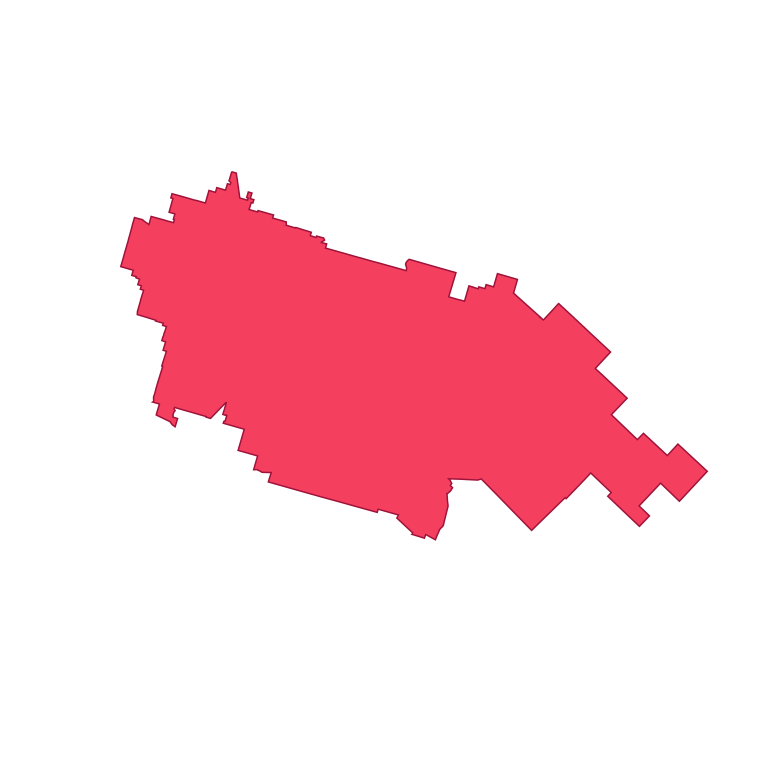 outline of York, Western Australia, Australia, rotated 223°
{"feature_id": "25037944B97234562917936", "entity_name": "York", "entity_type": "district", "adm_level": 2, "iso_a3": "AUS", "parent_name": "Australia", "parent_adm1": "Western Australia", "projection": "mercator", "projection_center": [116.796, -31.917], "detail": "fine", "context": "isolated", "style": "filled", "palette": "rose", "viewbox_px": 768, "rotation_deg": 223, "n_neighbors": 0, "source": "geoboundaries", "source_scale": "gbopen_adm2", "svg_char_len": 5612}
<svg xmlns="http://www.w3.org/2000/svg" viewBox="0 0 768 768"><g transform="rotate(223 384 384)"><path d="M88.0,540.6L128.1,540.5L128.0,524.9L160.6,524.9L160.8,516.1L196.8,516.6L196.5,539.4L234.7,539.5L240.0,539.4L240.1,539.7L240.1,561.9L273.2,561.9L274.1,562.0L274.5,561.9L275.3,562.0L276.9,562.0L277.3,562.0L277.7,561.9L279.6,561.9L280.7,562.0L281.2,562.0L281.5,562.0L283.5,561.9L284.2,562.0L285.7,562.0L286.6,562.0L287.1,562.0L289.0,561.9L289.3,562.0L290.0,562.0L290.7,562.0L291.2,562.0L291.7,562.0L292.5,562.0L293.3,562.0L294.6,562.0L295.2,562.0L295.5,562.0L296.2,562.0L296.7,562.0L297.2,561.9L297.4,561.9L298.0,562.0L298.7,562.0L299.0,562.0L299.3,562.0L300.3,562.0L301.0,561.9L301.0,562.0L302.0,562.0L303.4,562.0L303.6,562.0L305.1,562.0L305.7,562.0L306.2,561.9L306.7,561.9L307.2,562.0L307.6,561.9L307.8,561.9L308.1,562.0L308.6,562.0L308.8,562.0L309.0,561.9L311.1,562.0L311.2,561.9L311.1,554.2L311.1,539.6L311.5,539.5L311.9,539.4L312.4,539.5L312.7,539.5L313.2,539.5L313.7,539.5L314.0,539.4L314.9,539.3L315.1,539.2L315.1,539.5L351.3,538.8L351.4,539.1L357.6,551.4L357.7,551.5L369.4,545.6L376.3,542.1L370.1,529.8L370.7,529.5L377.1,526.3L375.2,522.6L380.9,519.7L380.4,518.6L380.1,517.9L384.7,515.6L384.8,515.7L388.8,513.7L381.6,499.5L384.6,497.9L388.4,495.8L396.1,491.9L400.2,500.2L407.3,514.5L424.8,505.5L447.6,493.9L450.1,492.6L450.6,492.4L450.9,490.8L450.8,489.0L450.5,487.4L450.0,486.4L449.9,486.3L449.6,486.1L448.6,485.5L447.3,484.8L446.7,484.3L445.9,483.4L445.2,482.4L445.0,482.1L463.5,472.5L470.9,468.7L472.1,468.0L476.6,465.6L480.0,463.9L494.0,456.6L516.6,445.0L519.4,443.5L521.5,447.4L524.7,445.6L526.2,444.8L526.2,445.0L526.4,446.1L525.7,447.7L525.6,448.8L527.8,449.6L528.7,449.1L534.2,446.2L533.6,445.1L533.5,444.9L534.0,444.7L534.3,444.5L535.0,444.2L536.0,443.7L536.7,443.4L538.4,442.5L538.8,442.3L538.9,442.2L539.1,442.2L540.6,445.4L550.9,440.4L551.0,440.4L554.7,438.6L555.3,438.3L555.3,438.2L555.2,437.8L555.2,437.7L563.9,433.4L564.0,433.8L566.1,435.9L569.4,434.1L569.6,434.1L578.6,429.4L580.1,432.3L582.7,430.9L594.4,424.9L593.8,423.6L601.6,419.6L604.8,426.1L603.3,426.9L604.9,430.1L608.2,428.4L610.8,433.6L614.2,431.9L611.6,426.7L610.2,427.4L609.2,425.4L611.3,424.2L612.8,423.5L615.3,422.2L616.3,421.7L617.2,422.4L618.1,423.1L619.5,424.3L621.6,426.0L622.4,426.6L624.6,428.5L627.3,430.6L628.4,431.5L629.6,432.5L630.3,433.1L631.4,434.0L631.9,434.3L632.4,434.7L633.9,435.9L635.5,437.2L635.7,437.4L635.9,437.5L640.0,435.4L640.2,435.6L636.3,427.7L636.0,426.9L633.5,426.9L632.5,425.0L635.1,423.7L632.1,417.7L640.2,413.6L638.0,409.2L644.0,406.2L638.1,394.6L639.2,394.0L641.7,392.7L646.8,390.1L646.8,389.9L654.9,385.8L662.5,381.9L668.8,378.6L666.8,374.7L664.9,375.7L658.3,363.0L653.0,365.8L650.4,360.8L649.5,361.3L648.0,358.5L655.2,354.6L655.3,354.7L668.6,347.7L668.1,346.9L667.7,346.1L666.6,344.0L665.5,342.0L664.7,340.3L666.8,340.1L669.0,339.7L670.2,339.6L670.8,339.5L671.1,339.5L672.3,339.5L672.7,339.5L672.8,339.4L680.0,335.6L679.3,334.2L677.8,331.3L676.8,329.3L675.8,327.5L675.2,326.4L671.3,319.0L670.2,316.9L669.9,316.2L669.3,315.2L669.1,314.9L663.7,304.2L661.4,299.7L660.5,298.1L656.6,290.3L645.5,295.9L645.0,296.2L642.6,291.4L638.4,293.5L638.0,292.6L637.9,292.5L637.5,292.6L634.8,293.8L634.3,293.9L631.8,288.7L628.5,290.4L626.9,287.1L623.8,288.6L623.7,288.5L619.3,279.4L619.1,279.3L613.8,268.9L611.8,266.5L602.9,270.9L594.3,275.0L594.0,274.3L586.9,277.9L585.9,275.9L582.3,277.6L582.1,277.0L581.9,276.7L581.1,275.0L580.2,273.2L579.8,272.2L579.8,271.9L578.0,268.6L578.0,268.1L576.1,264.2L572.5,265.9L568.6,258.0L565.5,259.5L563.5,255.5L560.7,249.5L558.8,245.6L557.9,246.0L557.5,245.2L555.5,241.2L550.8,231.4L550.4,230.6L547.7,225.3L545.2,220.7L543.6,217.2L540.6,214.2L540.9,213.0L534.6,216.2L529.5,206.0L529.4,206.0L514.8,210.5L511.1,209.8L507.6,210.2L507.8,210.7L511.4,218.0L515.4,216.0L515.9,215.9L516.5,217.0L517.2,217.2L517.5,218.0L518.0,218.6L518.1,219.5L518.5,220.2L518.6,220.7L518.5,221.3L518.6,222.0L518.8,222.3L520.0,222.3L520.6,222.6L520.9,223.3L521.1,224.1L520.6,224.3L504.7,232.4L491.9,238.9L491.6,238.4L487.4,240.5L487.0,262.4L486.6,262.7L482.7,255.1L482.6,254.7L481.1,251.8L480.7,252.0L478.8,253.0L478.8,252.9L477.4,253.6L477.5,253.7L477.4,253.7L476.7,252.3L476.7,252.0L474.8,248.4L475.4,248.1L475.6,247.3L474.8,245.7L455.4,255.6L452.3,249.5L450.4,245.8L445.4,235.9L427.4,245.2L420.9,232.4L418.2,235.0L417.2,235.0L416.6,235.3L415.7,235.7L413.0,236.2L406.1,242.3L401.8,233.5L395.7,236.6L374.3,247.6L360.7,254.6L359.8,255.1L354.9,257.6L336.4,267.3L319.8,275.9L301.4,285.5L302.9,288.4L284.1,298.1L283.2,294.7L261.4,294.7L261.1,293.7L261.1,293.1L249.3,298.8L250.8,302.2L250.1,302.6L240.2,305.1L241.3,308.0L241.7,308.9L242.1,310.1L243.6,314.4L244.1,315.4L244.0,316.6L244.1,318.0L244.0,319.3L244.1,320.7L244.2,321.0L244.4,321.5L244.8,322.1L246.1,324.4L246.5,325.1L250.1,331.6L253.0,336.8L253.6,337.9L253.7,338.1L253.8,338.3L254.0,338.5L256.3,340.5L256.7,340.8L256.8,340.9L257.0,341.1L257.3,341.3L257.5,341.5L257.8,341.7L258.2,342.1L258.5,342.3L259.1,343.0L261.9,345.6L262.1,345.8L262.7,346.3L263.1,346.6L262.9,346.7L262.4,351.0L263.1,354.9L266.3,355.0L266.6,357.4L267.2,357.7L269.3,358.4L270.0,358.7L270.7,358.7L270.9,358.7L271.0,358.7L271.4,358.7L271.6,358.7L271.9,358.8L272.0,358.8L263.2,366.5L250.0,377.6L248.1,380.9L224.7,379.9L221.1,379.7L220.1,379.7L219.3,379.6L216.7,379.5L210.1,379.2L202.1,378.8L176.2,377.6L175.6,391.1L174.0,424.4L172.6,424.3L172.2,444.8L172.1,459.9L143.8,459.6L143.8,454.5L116.0,454.2L100.1,454.1L99.9,468.6L114.3,468.8L114.2,480.5L114.1,500.1L99.6,499.9L88.0,499.7L88.0,513.1L88.0,516.4L88.0,540.6Z" fill="#f43f5e" stroke="#9f1239" stroke-width="1.5"/></g></svg>